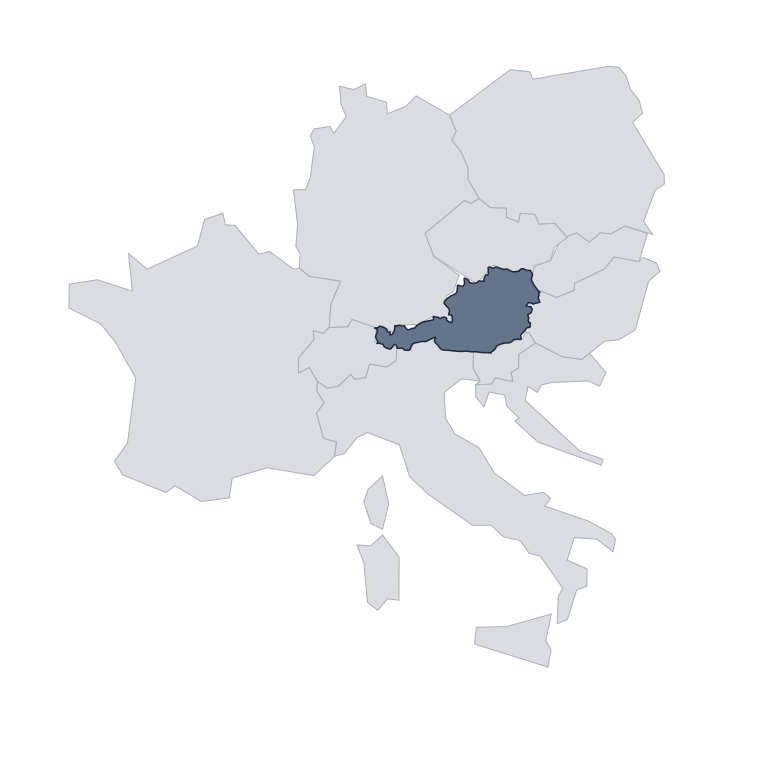 Austria highlighted among its neighbors, rotated 353°
{"feature_id": "AUT", "entity_name": "Austria", "entity_type": "country or territory", "adm_level": 0, "iso_a3": "AUT", "parent_name": "Europe", "parent_adm1": "", "projection": "orthographic", "projection_center": [13.446, 47.7], "detail": "fine", "context": "with_neighbors", "style": "filled", "palette": "slate", "viewbox_px": 768, "rotation_deg": 353, "n_neighbors": 10, "source": "natural_earth", "source_scale": "50m", "svg_char_len": 8295}
<svg xmlns="http://www.w3.org/2000/svg" viewBox="0 0 768 768"><g transform="rotate(353 384 384)"><path d="M314.1,258.7L323.3,268.1L353.6,276.6L341.1,298.2L336.5,321.3L330.0,326.5L320.2,322.6L320.2,331.0L302.3,347.9L300.6,362.6L311.8,358.5L318.3,373.5L316.6,382.7L322.3,395.5L313.5,404.8L317.5,430.6L329.9,435.8L326.1,449.8L303.2,466.4L257.4,452.8L221.8,459.0L216.6,478.2L188.5,478.4L164.0,459.5L154.4,465.1L113.8,442.5L106.9,428.1L122.3,411.2L138.3,347.8L122.4,309.5L110.0,289.8L80.5,270.2L83.9,246.4L112.3,245.6L145.5,261.2L146.3,223.5L163.0,241.1L215.6,224.3L226.0,198.7L244.8,194.8L246.0,206.6L255.4,208.5L275.7,239.9L286.7,238.6L307.9,258.8L314.1,258.7ZM355.2,486.7L371.3,475.1L374.1,503.4L364.8,528.1L354.0,520.9L349.6,498.6L355.2,486.7Z" fill="#d9dde1" stroke="#a8b0b8" stroke-width="1"/><path d="M661.8,107.7L664.7,121.9L671.8,133.5L673.6,146.4L662.7,154.6L687.5,210.2L686.6,219.6L676.9,224.7L661.4,254.2L668.7,268.2L642.2,256.6L627.5,262.7L617.1,260.3L605.2,268.4L593.5,257.6L585.1,262.7L572.9,245.4L557.2,244.3L554.6,234.2L540.1,231.2L537.4,239.8L525.7,233.4L526.7,224.4L511.1,222.0L501.0,211.7L492.2,190.9L493.6,179.6L488.4,162.2L481.0,150.6L486.4,141.8L481.7,125.2L547.5,87.4L566.7,91.8L568.8,99.6L645.7,96.0L655.8,98.3L661.8,107.7Z" fill="#d9dde1" stroke="#a8b0b8" stroke-width="1"/><path d="M656.2,289.6L669.2,297.1L671.8,305.7L659.3,314.1L640.0,360.9L622.4,368.7L608.2,368.5L583.3,383.8L564.1,378.7L539.1,361.7L534.3,350.8L530.5,350.6L537.1,329.2L532.6,322.2L545.0,321.6L546.0,308.2L565.9,319.1L584.1,314.0L585.4,307.3L616.6,296.7L627.8,285.9L652.0,293.5L656.2,289.6Z" fill="#d9dde1" stroke="#a8b0b8" stroke-width="1"/><path d="M481.7,125.2L486.4,141.8L481.0,150.6L488.4,162.2L493.6,179.6L492.2,190.9L501.0,211.7L491.9,215.3L486.4,211.6L443.3,239.4L448.9,263.1L471.9,285.2L464.2,300.3L456.3,304.4L459.3,325.9L457.2,331.4L450.4,324.6L439.8,323.5L423.8,329.0L404.3,327.0L400.9,335.6L390.0,326.0L383.3,327.5L360.2,316.1L355.2,322.9L336.5,321.3L341.1,298.2L353.6,276.6L323.3,268.1L314.1,258.7L316.6,244.5L313.2,236.7L317.7,214.8L317.8,180.3L329.9,181.4L336.1,169.6L343.7,140.2L341.1,128.9L345.5,122.3L361.8,121.8L364.8,129.2L379.1,114.0L375.5,101.5L376.0,83.0L389.9,88.1L402.2,83.8L401.9,96.4L420.9,104.7L420.3,116.3L440.0,110.7L450.9,101.9L481.7,125.2Z" fill="#d9dde1" stroke="#a8b0b8" stroke-width="1"/><path d="M539.1,361.7L564.1,378.7L583.3,383.8L591.5,378.4L605.8,399.4L597.8,412.4L586.9,405.9L550.8,402.9L540.0,404.1L535.3,411.1L526.7,403.9L522.3,417.6L570.0,474.3L592.0,485.4L589.7,491.1L529.8,460.4L509.3,436.8L514.0,434.3L503.0,420.7L502.4,409.7L487.4,404.7L480.4,418.9L473.5,408.0L474.8,396.0L490.9,397.0L495.0,391.4L512.0,397.1L511.7,387.9L519.5,384.4L521.4,371.0L539.1,361.7Z" fill="#d9dde1" stroke="#a8b0b8" stroke-width="1"/><path d="M383.3,327.5L380.0,341.2L401.2,349.0L398.9,362.4L388.7,367.5L372.2,362.6L366.6,375.5L355.7,375.9L352.1,370.4L338.6,380.6L327.5,381.4L318.3,373.5L311.8,358.5L300.6,362.6L302.3,347.9L320.2,331.0L320.2,322.6L330.0,326.5L336.5,321.3L355.2,322.9L360.2,316.1L383.3,327.5Z" fill="#d9dde1" stroke="#a8b0b8" stroke-width="1"/><path d="M401.2,349.0L414.7,354.2L417.5,348.0L439.7,342.8L444.6,354.3L476.8,362.9L474.4,379.1L479.9,393.0L461.6,388.3L442.8,399.8L440.9,425.4L448.4,442.2L470.5,458.8L482.7,485.8L510.0,511.7L529.2,511.0L535.3,518.0L528.7,524.8L569.7,544.7L591.9,560.5L594.8,566.4L590.8,578.3L576.1,563.9L554.1,559.7L544.3,581.1L563.1,592.4L560.7,609.5L550.1,611.9L537.3,640.2L526.6,643.0L531.2,615.6L536.6,608.4L518.1,573.8L507.6,569.9L500.0,556.0L483.9,550.3L473.1,537.2L454.8,535.1L413.9,498.3L398.1,478.9L391.9,446.3L361.7,430.1L350.7,433.9L336.1,448.1L326.1,449.8L329.9,435.8L317.5,430.6L313.5,404.8L322.3,395.5L316.6,382.7L318.3,373.5L327.5,381.4L338.6,380.6L352.1,370.4L355.7,375.9L366.6,375.5L372.2,362.6L388.7,367.5L398.9,362.4L401.2,349.0ZM476.2,639.7L522.1,632.7L513.3,658.4L517.4,668.3L512.2,685.0L442.2,653.2L446.0,636.7L476.2,639.7ZM351.2,543.0L364.1,533.7L377.9,557.5L372.5,600.4L361.1,597.7L350.2,607.9L341.0,598.7L342.2,559.5L337.7,540.5L351.2,543.0Z" fill="#d9dde1" stroke="#a8b0b8" stroke-width="1"/><path d="M476.8,362.9L495.5,365.3L506.7,357.6L526.4,356.3L530.5,350.6L534.3,350.8L539.1,361.7L521.4,371.0L519.5,384.4L511.7,387.9L512.0,397.1L495.0,391.4L490.9,397.0L474.8,396.0L479.9,393.0L474.4,379.1L476.8,362.9Z" fill="#d9dde1" stroke="#a8b0b8" stroke-width="1"/><path d="M663.8,266.8L652.0,293.5L627.8,285.9L616.6,296.7L585.4,307.3L584.1,314.0L565.9,319.1L546.0,308.2L543.3,296.9L547.6,285.3L564.4,281.6L577.5,261.3L593.5,257.6L605.2,268.4L617.1,260.3L627.5,262.7L642.2,256.6L663.8,266.8Z" fill="#d9dde1" stroke="#a8b0b8" stroke-width="1"/><path d="M501.0,211.7L511.1,222.0L526.7,224.4L525.7,233.4L537.4,239.8L540.1,231.2L554.6,234.2L557.2,244.3L572.9,245.4L583.8,260.8L569.7,269.1L564.4,281.6L547.6,285.3L544.9,292.6L534.7,286.9L524.6,288.9L507.5,279.4L488.0,295.6L448.9,263.1L443.3,239.4L486.4,211.6L491.9,215.3L501.0,211.7Z" fill="#d9dde1" stroke="#a8b0b8" stroke-width="1"/><path d="M381.4,335.7L383.4,331.8L383.9,329.4L382.4,327.9L381.7,327.4L382.3,327.1L384.5,327.5L386.0,326.7L386.8,326.0L388.7,326.8L391.6,328.5L392.9,329.6L393.5,330.4L393.7,331.1L393.5,332.3L394.2,332.7L395.5,333.0L396.5,333.4L396.1,334.9L396.0,336.1L397.2,336.0L398.9,335.1L400.2,333.4L401.0,331.8L401.8,327.8L402.0,327.4L403.0,327.8L406.9,327.7L408.7,328.6L411.6,328.8L411.5,329.4L412.0,330.4L413.2,331.9L413.8,332.9L415.2,333.1L417.3,332.6L418.5,332.1L419.0,332.5L420.9,332.2L422.6,331.1L423.1,330.2L424.8,329.6L427.1,328.3L430.3,327.2L440.7,326.3L441.1,325.4L441.0,323.3L441.3,323.0L442.6,323.5L444.7,324.1L446.3,324.8L447.3,325.8L448.3,325.8L449.8,325.2L451.8,324.8L453.7,325.8L454.2,326.8L453.9,327.4L453.9,328.2L454.5,329.0L456.0,330.1L458.0,331.2L459.0,331.1L459.4,330.1L459.8,327.8L459.9,325.3L459.5,323.9L458.4,323.5L457.2,323.4L456.5,323.1L456.7,322.3L457.8,320.3L457.8,317.5L455.5,314.4L453.6,311.4L453.6,310.4L454.8,308.6L456.6,307.2L460.7,304.9L461.9,304.4L463.6,304.1L465.9,303.1L467.1,302.1L467.8,301.0L468.9,295.4L469.2,295.2L469.5,294.9L473.6,296.8L474.0,296.5L474.7,296.2L476.0,294.7L476.3,293.5L476.2,291.4L476.3,289.4L476.6,288.8L477.2,289.0L479.0,290.0L480.4,291.2L481.7,294.1L484.8,294.9L488.6,294.9L490.0,293.6L491.2,293.3L492.7,293.7L495.7,294.1L496.0,291.7L497.6,289.2L498.4,288.3L500.6,288.3L501.1,286.5L501.5,281.3L502.0,280.8L503.5,280.8L505.1,281.8L505.6,282.5L506.4,282.4L507.6,281.9L508.8,281.5L510.8,282.0L515.1,284.2L517.3,285.0L518.7,284.8L520.0,284.8L525.1,288.2L528.7,288.6L531.9,288.5L532.8,287.4L534.2,286.4L535.6,286.5L536.9,286.9L539.3,288.4L540.5,288.7L542.0,288.9L543.1,289.2L544.2,291.9L544.7,292.6L544.7,292.9L544.6,294.2L543.8,295.8L543.0,297.8L543.1,299.6L545.8,305.7L548.0,309.4L548.5,310.8L549.9,311.8L548.7,313.3L548.5,315.4L547.7,316.3L547.6,317.5L548.0,318.6L548.0,319.9L548.6,321.7L546.5,322.2L544.1,322.3L543.2,322.4L542.4,322.9L541.6,322.7L539.3,321.1L538.0,320.8L537.1,320.9L536.5,321.7L535.4,322.7L534.4,323.4L534.6,324.0L539.3,325.4L540.2,327.7L539.4,329.7L539.1,330.7L538.1,331.5L536.8,332.2L535.2,332.4L535.1,333.5L535.8,336.5L535.3,337.2L534.8,338.2L535.4,340.7L536.4,340.9L536.7,341.5L536.5,342.5L536.4,343.6L536.1,344.8L535.9,345.3L535.3,345.6L533.2,345.5L531.5,346.6L528.0,350.3L526.8,350.9L525.5,352.4L525.7,355.5L525.5,355.8L525.2,356.5L520.9,355.5L520.7,355.5L517.9,356.0L515.9,357.5L513.6,358.4L508.5,358.1L503.7,358.8L502.5,359.2L501.3,359.5L500.1,360.3L499.4,361.5L498.2,363.0L496.5,364.2L494.7,365.1L494.2,365.9L493.6,366.4L492.6,365.8L491.7,365.8L490.7,365.5L487.2,365.1L483.4,364.4L481.6,363.8L479.5,363.3L477.3,362.9L475.3,362.8L474.4,362.6L469.6,361.4L466.5,361.3L462.4,360.8L454.2,359.0L451.8,358.3L449.5,358.1L446.8,357.4L444.8,356.4L443.5,354.5L442.2,352.0L439.6,348.7L439.2,347.1L440.0,345.7L440.8,344.6L440.7,344.1L440.1,343.9L435.6,345.2L431.2,346.9L429.5,346.9L427.8,346.5L425.7,346.4L423.5,346.8L419.3,346.9L416.8,348.1L415.1,350.6L414.2,352.6L413.5,353.3L412.0,353.5L409.8,353.2L408.2,352.6L406.7,350.8L404.3,350.4L402.0,350.3L401.4,350.0L401.5,348.8L400.7,346.7L399.3,345.9L395.3,349.8L394.3,350.1L391.2,348.9L388.7,347.0L388.4,345.8L388.0,344.7L385.8,343.6L383.1,342.8L382.2,342.8L382.6,342.2L382.9,341.2L382.8,340.4L382.2,339.5L381.9,338.6L381.8,337.7L381.6,336.9L381.5,336.3L381.4,335.7Z" fill="#64748b" stroke="#1e293b" stroke-width="1.5"/></g></svg>